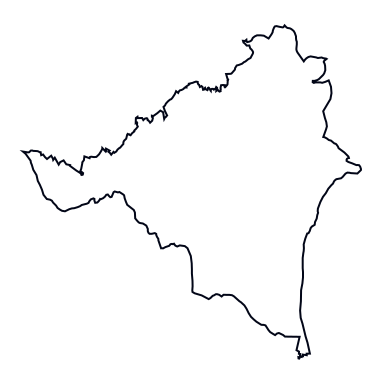 the district of Xoxocotla, Puebla, Mexico
{"feature_id": "50627088B45118812748540", "entity_name": "Xoxocotla", "entity_type": "district", "adm_level": 2, "iso_a3": "MEX", "parent_name": "Mexico", "parent_adm1": "Puebla", "projection": "equal_earth", "projection_center": [-97.166, 18.63], "detail": "fine", "context": "isolated", "style": "outline", "palette": "ink", "viewbox_px": 384, "rotation_deg": 0, "n_neighbors": 0, "source": "geoboundaries", "source_scale": "gbopen_adm2", "svg_char_len": 5886}
<svg xmlns="http://www.w3.org/2000/svg" viewBox="0 0 384 384"><path d="M296.5,350.2L299.0,351.6L298.9,353.8L300.2,354.0L299.9,356.7L299.7,357.4L298.4,357.1L298.5,358.4L299.1,358.6L299.4,358.1L299.5,358.1L300.1,356.7L301.8,357.0L302.2,355.9L303.0,356.1L302.9,354.6L306.7,355.2L306.6,353.7L309.9,353.6L307.5,342.7L305.6,336.5L302.5,323.7L300.7,317.9L300.1,310.5L300.9,301.3L301.1,290.2L302.4,283.4L303.0,277.4L303.0,272.0L302.7,268.2L302.7,258.0L303.3,253.2L303.7,251.0L303.9,248.2L303.7,244.4L305.3,238.6L307.2,233.5L308.5,233.2L309.8,230.9L310.6,228.2L311.8,226.6L314.7,224.8L315.0,222.1L316.7,218.6L317.3,215.0L318.1,212.8L317.7,211.2L317.9,208.6L320.4,201.9L323.0,196.8L325.8,193.2L328.3,188.7L331.3,185.2L333.0,183.6L334.0,181.4L334.7,180.5L336.3,179.2L341.0,178.3L342.6,177.0L345.5,173.6L347.4,172.6L349.8,172.8L350.8,173.1L357.4,173.5L360.9,170.1L361.0,169.1L360.2,166.7L359.1,165.2L357.5,165.0L356.4,165.1L352.1,163.3L348.4,162.0L346.6,160.9L346.6,159.6L347.0,158.8L348.1,158.1L348.9,158.0L348.7,157.2L348.3,156.4L344.4,152.5L338.6,148.2L337.9,146.5L336.4,144.4L335.7,143.8L334.3,143.4L331.0,140.6L328.8,140.0L326.9,138.5L324.7,137.3L323.3,137.0L326.1,129.2L326.9,126.4L326.3,122.2L324.9,117.9L323.2,111.2L330.4,99.1L331.5,93.2L331.0,86.8L328.7,80.4L325.2,81.9L322.2,82.8L320.3,82.4L315.6,82.4L313.8,82.9L312.7,82.2L312.8,80.9L314.5,80.9L317.4,80.0L318.9,79.1L323.1,75.0L324.2,73.4L325.3,70.2L325.1,65.8L324.6,63.7L323.7,61.9L324.3,60.7L326.6,58.9L326.1,58.6L323.4,58.2L321.6,57.5L317.9,58.0L316.1,57.4L310.6,56.4L308.4,57.0L306.4,58.3L305.0,59.7L303.8,61.4L297.5,52.5L296.8,51.1L296.4,49.7L296.4,48.3L296.8,44.4L296.8,41.8L296.2,40.0L296.0,38.0L296.0,36.3L294.7,32.7L293.6,30.9L291.4,29.1L289.8,28.3L287.7,28.0L286.6,27.5L284.6,25.4L283.5,27.1L282.8,27.4L279.4,26.8L276.5,26.1L274.9,26.4L274.2,27.3L273.5,28.9L272.9,30.5L272.6,32.3L271.5,34.3L268.6,38.5L263.9,35.7L260.5,35.3L257.1,35.3L254.7,36.4L252.8,37.9L251.7,40.1L250.7,41.0L249.4,41.6L247.2,42.1L246.6,41.5L246.4,39.8L245.0,41.0L243.0,40.8L243.5,42.5L244.8,43.5L246.7,45.6L249.3,45.5L250.3,48.5L251.3,49.3L252.4,50.7L253.1,52.1L252.9,53.5L250.5,58.0L248.2,59.2L245.4,61.5L244.0,62.1L242.1,63.7L239.0,64.9L236.7,65.5L235.1,68.1L234.9,69.6L231.5,73.5L230.8,73.8L226.1,74.0L227.5,78.8L228.1,79.4L227.6,80.2L227.9,80.5L227.7,81.2L227.5,84.3L227.2,84.9L225.4,87.0L225.0,87.3L224.6,86.9L224.4,86.2L224.9,85.2L223.1,85.0L221.1,85.2L220.5,88.1L220.8,89.1L220.5,89.8L220.6,91.2L219.5,91.6L218.3,90.7L217.7,89.7L216.3,90.9L216.4,89.3L217.0,87.7L216.2,87.0L215.3,89.0L213.4,89.1L213.4,89.3L212.9,88.9L211.9,88.9L210.9,89.3L210.8,90.9L210.4,90.4L210.0,89.2L209.8,89.2L208.9,87.8L208.6,87.6L208.0,87.9L207.6,90.0L207.4,90.2L205.7,89.1L205.1,87.8L204.8,88.1L204.9,89.3L203.1,89.8L202.4,86.8L201.9,86.6L201.5,86.1L199.9,87.0L199.1,84.8L198.3,84.4L197.7,82.8L197.7,81.9L196.0,81.6L193.9,82.3L192.8,82.8L189.0,83.7L189.3,84.4L186.0,86.7L186.4,87.5L184.6,87.7L183.4,89.0L181.5,90.0L180.0,90.3L178.9,91.4L178.2,92.9L176.1,91.2L174.8,94.2L172.5,97.7L171.3,99.1L169.9,99.7L167.9,101.4L165.9,103.6L165.0,105.5L163.5,106.9L164.8,110.7L167.1,115.5L166.5,116.0L166.2,116.7L165.0,117.4L164.2,119.0L163.1,112.2L160.3,110.6L157.3,113.2L153.2,116.1L151.9,115.7L151.9,116.8L152.9,118.0L152.2,120.7L150.1,122.7L149.4,121.6L147.8,119.8L147.6,119.9L147.3,118.5L146.8,118.2L145.3,118.5L144.6,118.8L143.3,120.1L142.1,118.0L137.7,118.1L137.5,116.8L135.9,118.0L135.7,123.1L136.9,122.4L137.2,122.9L136.9,124.7L137.8,126.6L136.0,128.9L134.5,130.3L133.9,131.4L134.1,131.6L132.1,133.2L130.6,135.2L129.3,134.4L129.1,134.7L127.7,133.9L127.2,134.6L126.2,138.7L124.3,140.5L123.7,141.4L123.4,142.4L123.3,144.1L122.2,145.2L120.1,147.7L119.5,147.9L117.5,149.6L116.3,151.5L114.3,152.8L113.5,151.9L111.2,154.7L109.9,152.9L108.4,151.7L109.6,150.6L106.1,148.7L106.0,150.5L105.3,149.7L104.9,150.1L104.9,150.8L102.3,148.0L102.2,149.2L100.5,152.1L99.0,154.4L96.4,156.9L94.0,157.1L91.2,156.7L90.0,157.0L89.6,158.2L84.4,156.4L83.9,160.2L82.3,162.3L82.4,162.7L81.2,168.9L80.4,170.9L83.1,173.1L82.8,174.6L81.8,175.0L81.3,174.8L81.0,173.5L76.4,170.6L69.9,165.8L70.1,165.1L66.3,164.3L63.6,160.4L60.2,162.1L58.7,164.6L54.8,157.7L53.2,159.9L52.9,158.6L51.2,155.7L47.0,159.0L45.0,157.1L43.1,154.5L41.2,155.2L40.6,152.2L39.9,152.3L38.3,151.4L37.2,151.1L33.3,150.9L32.1,150.5L30.8,150.6L29.2,152.2L28.0,152.4L23.0,151.6L25.6,153.8L30.6,160.7L30.9,162.7L31.8,164.8L33.3,169.8L36.5,175.1L37.8,180.9L39.9,184.9L42.0,189.8L43.5,194.8L46.8,199.0L50.1,199.7L51.9,200.7L53.1,202.6L56.1,205.6L57.6,208.0L59.9,209.6L62.0,210.8L65.0,211.3L69.3,209.2L71.9,208.4L74.2,208.2L77.8,207.1L80.2,206.1L81.7,205.0L86.8,203.7L88.5,202.9L89.3,201.3L90.8,199.4L93.4,198.4L94.4,198.9L94.4,200.6L95.2,202.8L97.4,202.5L98.9,200.9L100.1,199.0L100.6,199.3L103.1,198.2L105.0,196.6L106.3,194.8L107.8,194.5L109.0,196.0L110.3,197.2L111.6,196.9L113.6,192.2L114.7,191.5L118.0,192.4L119.4,192.0L123.1,194.4L124.1,195.3L124.7,198.3L125.9,201.7L127.2,204.8L133.8,210.0L134.9,212.5L135.2,218.4L137.1,220.7L138.7,222.4L139.9,223.0L142.9,223.5L146.3,225.6L147.8,228.9L147.8,231.1L148.4,232.7L149.5,233.8L151.8,233.8L154.8,233.1L156.2,233.9L156.3,235.2L157.1,237.0L158.3,238.8L158.4,240.4L161.1,248.3L162.0,248.2L163.0,248.4L165.4,247.1L169.2,245.8L170.5,244.2L172.0,243.9L173.0,244.2L174.0,243.7L175.3,245.6L177.2,246.5L179.8,245.4L184.8,246.1L187.5,248.2L190.8,256.0L191.7,263.2L191.9,269.2L191.9,273.6L192.5,280.9L192.6,286.3L192.3,290.4L192.5,292.0L194.7,293.3L201.7,295.4L208.7,299.1L210.5,298.0L212.7,295.8L213.7,295.5L215.9,294.2L217.1,294.2L219.2,294.8L221.6,296.5L223.5,294.8L229.6,294.9L232.0,295.2L233.9,296.3L239.5,301.3L240.8,302.1L244.4,305.4L246.5,308.7L248.7,313.2L251.0,316.8L253.6,319.3L256.4,321.7L261.3,324.8L263.8,324.9L265.5,325.4L268.5,330.1L270.2,332.1L273.2,334.0L275.1,335.1L277.0,333.5L278.9,333.0L283.1,335.0L285.0,336.6L299.6,336.8L296.5,350.2Z" fill="none" stroke="#020617" stroke-width="2"/></svg>